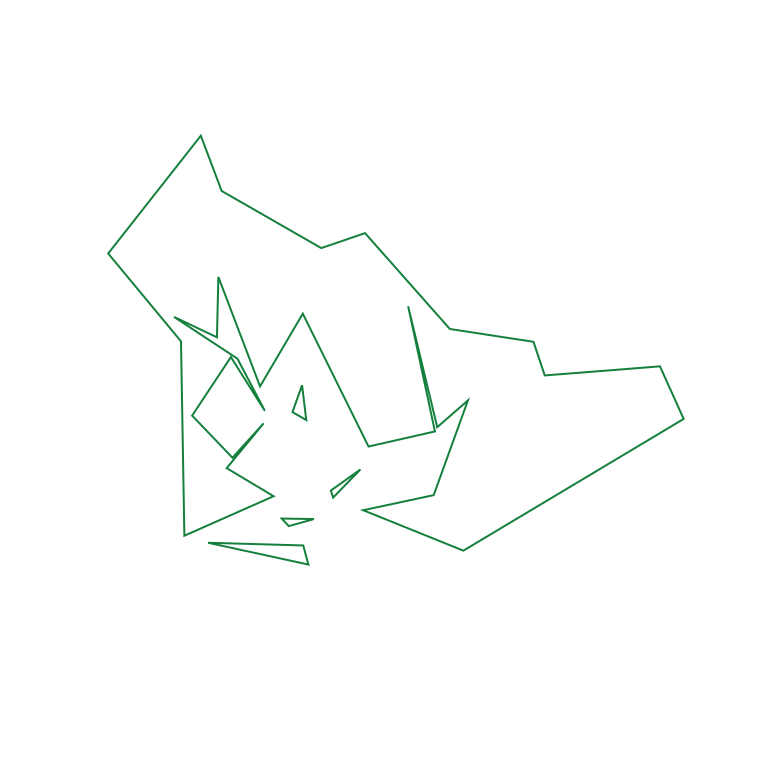 Rogaland, orthographic projection, rotated 284°
{"feature_id": "NOR-914", "entity_name": "Rogaland", "entity_type": "County", "adm_level": 1, "iso_a3": "NOR", "parent_name": "Norway", "parent_adm1": "", "projection": "orthographic", "projection_center": [5.997, 59.066], "detail": "coarse", "context": "isolated", "style": "outline", "palette": "green", "viewbox_px": 768, "rotation_deg": 284, "n_neighbors": 0, "source": "natural_earth", "source_scale": "10m", "svg_char_len": 769}
<svg xmlns="http://www.w3.org/2000/svg" viewBox="0 0 768 768"><g transform="rotate(284 384 384)"><path d="M422.6,683.2L241.5,501.3L256.5,394.3L288.2,459.1L388.4,469.4L355.0,446.1L465.3,388.6L350.3,444.9L319.6,384.1L432.6,288.2L351.7,264.3L447.8,197.4L388.9,210.6L398.3,164.0L373.1,235.7L329.1,274.9L373.1,228.9L306.9,205.5L275.8,254.8L316.7,276.7L264.3,251.7L248.4,304.0L188.5,227.0L376.3,176.7L443.9,84.8L580.6,146.2L532.0,179.8L500.7,290.2L525.8,329.1L453.3,434.6L461.1,518.8L431.2,537.9L467.9,647.5L422.6,683.2ZM187.4,251.7L207.8,344.7L190.5,354.3L187.4,251.7ZM334.6,302.0L363.0,304.8L330.2,317.3L334.6,302.0ZM267.8,358.2L295.4,381.8L261.5,362.1L267.8,358.2ZM228.7,317.3L236.0,348.7L223.1,326.0L228.7,317.3Z" fill="none" stroke="#15803d" stroke-width="2"/></g></svg>